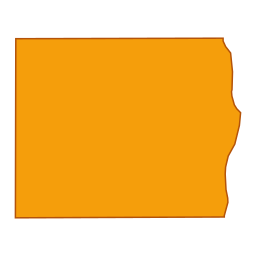 outline of Alcona, Michigan, United States of America
{"feature_id": "52423323B96820900190034", "entity_name": "Alcona", "entity_type": "district", "adm_level": 2, "iso_a3": "USA", "parent_name": "United States of America", "parent_adm1": "Michigan", "projection": "orthographic", "projection_center": [-83.376, 44.684], "detail": "fine", "context": "isolated", "style": "filled", "palette": "amber", "viewbox_px": 256, "rotation_deg": 0, "n_neighbors": 0, "source": "geoboundaries", "source_scale": "gbopen_adm2", "svg_char_len": 408}
<svg xmlns="http://www.w3.org/2000/svg" viewBox="0 0 256 256"><path d="M15.4,217.8L224.3,217.0L224.3,215.6L227.9,202.4L227.7,198.1L226.0,189.7L225.2,174.0L225.6,167.0L228.2,156.1L234.8,144.1L239.4,125.4L240.6,112.7L236.7,108.7L234.3,104.8L231.9,96.1L231.5,91.6L232.0,89.7L232.5,71.8L230.6,53.0L225.6,46.6L223.1,41.1L223.1,38.2L15.8,38.7L15.4,217.8Z" fill="#f59e0b" stroke="#b45309" stroke-width="1.5"/></svg>